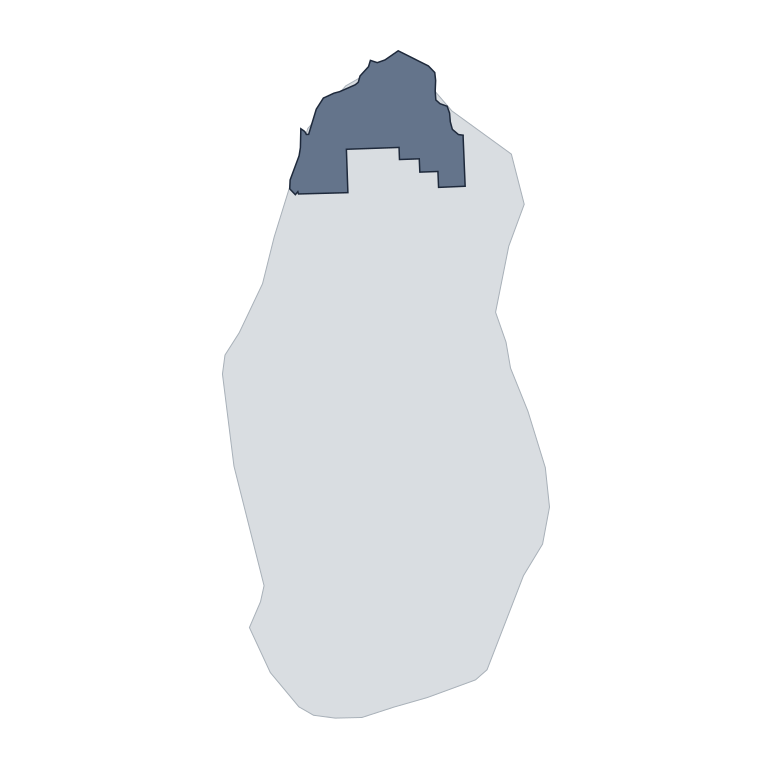 Madinat ach Shamal on a map of Qatar (orthographic projection), rotated 358°
{"feature_id": "QAT-1106", "entity_name": "Madinat ach Shamal", "entity_type": "Municipality", "adm_level": 1, "iso_a3": "QAT", "parent_name": "Qatar", "parent_adm1": "", "projection": "orthographic", "projection_center": [51.179, 25.992], "detail": "fine", "context": "in_parent", "style": "filled", "palette": "slate", "viewbox_px": 768, "rotation_deg": 358, "n_neighbors": 0, "source": "natural_earth", "source_scale": "10m", "svg_char_len": 1200}
<svg xmlns="http://www.w3.org/2000/svg" viewBox="0 0 768 768"><g transform="rotate(358 384 384)"><path d="M416.5,698.8L382.4,707.3L350.3,716.5L323.5,716.2L302.0,712.6L287.7,703.7L260.3,668.4L241.0,622.7L253.0,597.3L257.1,581.4L231.2,460.9L222.9,368.4L226.1,349.5L241.1,327.7L266.1,279.6L279.4,233.2L316.8,125.9L356.2,84.7L413.9,54.3L461.4,113.5L519.3,158.7L530.4,209.3L513.5,250.6L498.0,316.2L507.4,346.4L511.0,372.5L526.9,416.3L542.3,473.2L545.1,512.8L536.9,549.5L516.7,580.4L477.0,673.2L465.1,682.9L416.5,698.8Z" fill="#d9dde1" stroke="#a8b0b8" stroke-width="1"/><path d="M305.2,191.1L304.6,188.8L302.0,191.7L296.6,185.7L297.3,176.8L307.1,153.0L308.7,144.9L309.8,126.0L312.9,128.3L314.0,129.5L315.1,131.9L317.4,131.9L325.9,107.0L333.4,96.1L344.1,91.6L349.8,90.3L365.6,84.0L368.8,81.6L370.8,75.3L379.6,66.3L381.7,60.1L388.5,62.6L396.2,60.2L409.8,51.5L439.5,67.7L445.6,74.5L446.2,82.5L445.4,92.9L445.7,101.9L449.7,105.8L456.8,108.6L459.0,115.6L459.4,124.2L461.2,131.9L467.1,137.3L471.8,138.1L471.7,139.8L472.0,189.2L445.4,189.4L445.3,173.5L427.2,173.5L427.1,160.2L407.3,160.2L407.3,148.1L354.6,148.1L354.6,191.5L305.3,191.1L305.2,191.1Z" fill="#64748b" stroke="#1e293b" stroke-width="1.5"/></g></svg>